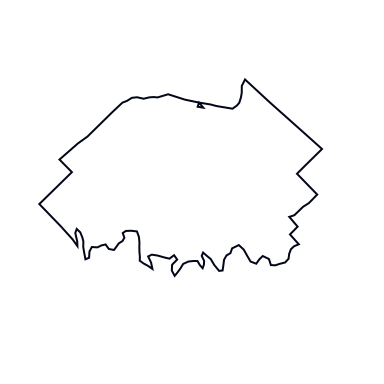 São Paulo das Missões, Rio Grande do Sul, Brazil, rotated 136°
{"feature_id": "56859067B46087315039211", "entity_name": "São Paulo das Missões", "entity_type": "district", "adm_level": 2, "iso_a3": "BRA", "parent_name": "Brazil", "parent_adm1": "Rio Grande do Sul", "projection": "equal_earth", "projection_center": [-54.951, -27.981], "detail": "fine", "context": "isolated", "style": "outline", "palette": "ink", "viewbox_px": 384, "rotation_deg": 136, "n_neighbors": 0, "source": "geoboundaries", "source_scale": "gbopen_adm2", "svg_char_len": 1714}
<svg xmlns="http://www.w3.org/2000/svg" viewBox="0 0 384 384"><g transform="rotate(136 192 192)"><path d="M227.3,116.4L224.5,114.3L221.1,116.9L216.0,121.0L211.2,122.4L206.9,121.3L202.3,123.6L195.2,121.3L194.8,114.6L196.6,107.8L198.2,101.3L195.6,95.8L190.3,96.8L185.6,96.8L183.2,90.4L186.0,84.6L182.9,81.3L179.4,79.7L173.9,76.6L168.9,76.9L165.2,79.9L160.7,82.1L156.3,82.1L151.5,80.2L151.0,93.4L140.1,93.7L139.3,106.5L134.5,104.2L122.3,104.2L115.5,102.8L103.7,103.2L103.8,132.2L91.7,132.4L68.6,132.6L69.5,145.2L73.8,202.6L75.7,236.1L82.5,233.7L87.3,228.8L91.0,226.1L96.1,223.3L99.9,223.0L105.0,223.8L114.8,237.0L117.8,242.0L124.8,251.4L132.9,263.3L141.3,278.9L151.0,283.9L153.7,287.0L156.9,289.7L162.0,292.7L165.7,298.3L169.8,301.5L175.5,302.7L179.9,304.6L194.2,304.8L228.7,304.5L240.4,306.2L264.8,307.4L264.6,289.7L310.2,289.4L310.2,258.3L310.8,240.8L312.0,232.7L308.8,236.3L306.6,240.0L304.4,243.6L300.6,245.5L300.4,240.5L302.4,235.6L304.4,232.0L308.5,227.9L312.0,222.8L315.4,217.6L311.7,216.2L307.1,220.4L302.3,222.0L298.4,217.8L294.5,216.6L290.6,214.3L291.4,208.8L288.4,204.5L284.0,205.2L280.3,205.9L276.0,205.0L272.4,206.1L270.3,210.6L266.6,209.9L262.7,206.4L259.0,201.9L261.3,196.7L264.7,192.4L268.5,188.6L271.8,185.0L274.4,181.7L277.3,178.9L276.5,174.3L275.0,169.6L273.9,164.2L270.5,169.6L268.3,176.1L264.5,174.9L260.9,170.2L257.4,164.2L254.5,159.7L248.8,159.0L249.6,153.7L256.8,153.5L261.1,149.5L262.7,143.7L258.4,144.2L253.6,145.0L248.3,146.4L242.9,144.5L238.7,141.2L236.0,138.5L237.1,134.1L237.3,129.8L233.7,131.6L231.1,134.1L229.4,139.3L226.1,140.7L225.7,136.0L225.1,130.7L226.7,124.0L227.3,116.4ZM124.8,251.4L125.3,244.8L128.7,249.4L124.8,251.4Z" fill="none" stroke="#020617" stroke-width="2"/></g></svg>